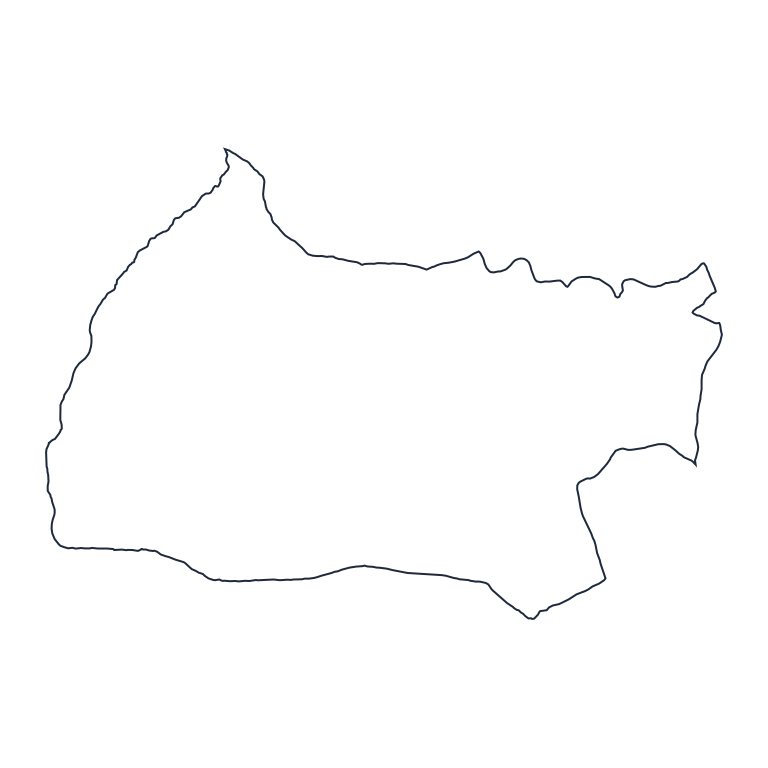 Dige, Gash Barka, Eritrea
{"feature_id": "51966322B2269469169299", "entity_name": "Dige", "entity_type": "district", "adm_level": 2, "iso_a3": "ERI", "parent_name": "Eritrea", "parent_adm1": "Gash Barka", "projection": "orthographic", "projection_center": [37.574, 15.721], "detail": "fine", "context": "isolated", "style": "outline", "palette": "slate", "viewbox_px": 768, "rotation_deg": 0, "n_neighbors": 0, "source": "geoboundaries", "source_scale": "gbopen_adm2", "svg_char_len": 6058}
<svg xmlns="http://www.w3.org/2000/svg" viewBox="0 0 768 768"><path d="M695.6,464.6L695.0,460.3L696.0,457.6L697.8,450.5L698.2,447.1L697.6,443.3L695.6,435.9L695.4,434.4L695.7,430.2L697.4,422.4L697.4,414.2L699.0,404.7L700.4,398.9L700.5,396.1L701.6,389.2L701.6,380.0L702.0,375.0L704.7,368.7L705.7,365.3L707.5,361.3L716.3,349.9L718.4,346.2L720.1,341.9L721.9,334.8L720.8,329.9L720.2,325.4L719.3,323.0L716.0,323.3L714.7,323.0L699.5,315.7L697.0,315.4L693.6,313.6L692.6,312.6L693.4,310.8L696.9,307.9L699.4,306.8L700.1,306.1L703.4,304.1L705.2,300.6L707.0,298.2L708.0,297.6L711.5,294.0L715.0,292.4L715.8,291.4L714.8,287.9L709.6,275.7L708.6,272.6L707.2,269.9L706.3,266.7L704.1,263.5L702.9,263.3L701.3,264.2L697.1,269.2L692.7,272.6L690.8,273.6L688.8,275.1L687.3,276.8L682.4,279.1L680.5,279.4L679.2,280.8L677.7,281.5L672.3,282.0L667.6,283.0L665.9,283.0L660.4,285.8L658.7,285.9L655.3,286.8L651.2,286.6L648.8,286.1L646.1,285.1L633.6,279.4L630.3,279.1L625.2,280.2L623.6,281.3L622.3,283.8L622.1,285.4L622.9,290.5L621.9,292.3L620.4,293.9L619.4,296.7L617.6,297.5L616.5,297.1L615.3,296.0L614.5,293.3L611.9,288.6L610.4,286.7L608.5,285.2L599.1,279.1L595.2,278.5L589.8,276.9L581.5,277.0L578.3,277.6L576.5,278.3L571.6,281.4L568.1,286.2L567.4,286.8L566.2,286.3L562.3,282.0L560.3,280.6L557.5,280.6L549.4,281.6L545.0,281.5L540.8,282.3L536.7,281.3L535.1,279.5L534.2,277.6L531.4,270.1L530.3,265.8L528.8,262.3L526.7,260.3L524.7,259.1L523.1,258.7L520.8,258.5L518.5,258.9L515.3,260.2L513.4,261.8L510.3,265.6L506.6,268.9L505.3,269.7L500.6,271.4L498.1,271.5L493.9,272.4L490.7,272.1L489.2,271.1L486.6,268.1L484.8,264.0L483.3,258.6L480.3,253.0L478.7,251.5L473.6,253.7L467.8,257.4L464.9,258.6L454.5,261.6L448.8,262.7L443.8,263.2L440.4,264.1L436.6,265.4L434.0,266.7L432.6,266.9L426.6,269.6L418.3,266.7L408.3,265.0L405.6,264.0L396.6,263.7L393.2,263.3L388.6,263.8L384.9,263.3L377.7,263.1L374.2,263.8L369.6,263.7L364.8,264.0L362.2,264.8L361.3,264.6L359.8,263.5L356.9,262.2L348.5,260.9L342.5,259.3L338.7,259.0L335.5,257.9L333.1,256.5L328.4,256.6L326.9,256.9L322.1,256.0L317.2,256.1L312.9,255.7L308.2,254.3L306.4,252.7L302.4,248.2L294.6,241.1L291.1,239.5L285.1,235.4L280.1,229.9L278.3,227.4L273.3,222.5L271.9,219.6L271.7,217.7L270.4,214.0L268.4,212.0L266.6,209.2L266.2,207.4L265.9,207.0L265.0,201.6L263.6,198.7L263.1,194.2L264.4,181.6L264.0,179.5L262.6,176.4L259.4,174.1L257.4,171.4L253.9,169.1L253.2,167.8L250.8,165.4L249.3,163.2L247.3,161.5L242.6,159.4L235.1,153.9L233.2,153.1L229.3,150.6L224.9,149.1L225.7,150.8L225.9,151.9L226.9,153.2L226.8,154.0L227.4,155.1L227.0,156.8L226.3,158.3L226.2,160.7L226.7,162.5L228.7,165.9L228.8,167.3L227.5,170.4L226.3,171.3L223.8,174.5L222.3,175.3L220.4,178.1L220.2,179.0L220.6,181.3L218.8,185.5L218.0,186.5L217.0,186.5L215.6,186.0L214.8,186.2L213.3,188.1L212.6,189.9L210.5,192.8L208.7,193.5L205.8,193.6L202.0,196.1L194.9,206.4L192.5,207.4L190.8,209.4L184.3,212.2L181.1,216.3L179.8,217.2L178.8,217.8L175.8,218.2L174.9,218.6L173.8,220.1L172.6,224.2L170.2,226.5L168.6,229.4L168.0,230.0L166.0,231.3L163.2,231.9L156.6,235.5L155.0,237.8L154.0,238.2L151.4,238.4L150.3,239.1L149.1,241.2L147.7,245.9L146.9,246.8L139.8,250.5L137.8,252.2L135.8,257.6L134.4,259.9L134.2,261.8L133.6,262.4L132.3,262.6L131.1,264.2L129.8,264.9L128.1,266.9L126.6,270.5L124.0,272.0L123.1,273.4L117.1,280.0L116.6,283.9L116.3,284.4L115.4,284.9L115.1,286.2L115.1,288.0L113.9,289.9L107.5,293.6L104.9,298.1L103.6,299.0L102.6,300.2L100.4,304.0L98.3,306.7L94.6,314.2L92.8,316.8L91.5,320.4L90.2,325.2L89.7,330.3L90.1,332.5L91.4,336.0L91.5,342.3L90.9,346.8L89.4,352.2L88.1,354.5L85.3,358.3L79.3,363.3L75.7,368.1L75.1,369.3L73.5,373.1L71.7,380.7L69.3,387.6L64.4,394.8L63.4,399.2L61.8,401.6L60.5,404.8L60.3,419.9L61.6,424.6L61.8,428.4L61.3,429.5L60.6,430.0L60.4,431.2L59.0,433.6L55.0,438.9L52.4,440.1L50.4,441.7L49.7,442.6L48.9,442.8L48.6,444.5L46.5,449.2L46.1,452.3L46.6,466.4L47.3,468.8L47.5,472.0L48.2,475.2L48.5,481.6L47.7,486.0L47.7,490.0L47.8,491.0L50.4,495.0L50.6,496.7L51.6,498.7L52.1,501.7L54.6,509.3L54.7,512.3L54.4,514.6L52.6,520.1L51.8,524.0L51.6,528.8L52.3,533.5L54.7,539.1L58.7,544.2L60.4,545.8L64.6,547.3L68.2,548.3L72.4,547.8L75.7,548.6L81.2,548.0L84.7,548.4L89.9,548.4L91.7,547.9L97.5,548.5L106.4,548.5L112.9,549.0L113.6,549.3L114.2,550.0L121.9,549.6L126.6,550.2L127.5,549.9L132.4,550.0L138.0,550.9L140.7,549.7L141.4,549.0L142.2,549.0L142.9,549.5L145.9,549.5L149.1,550.5L153.1,551.0L154.2,550.7L157.1,551.7L160.8,554.5L166.0,556.3L169.0,557.1L175.6,559.7L183.6,562.1L185.2,563.1L191.7,569.1L195.6,570.8L198.6,572.6L202.9,574.0L204.8,575.9L208.5,578.4L213.3,580.0L214.9,580.2L219.5,579.5L221.2,580.5L222.9,580.9L224.2,580.7L229.8,581.2L235.1,581.0L239.0,581.4L245.1,580.8L249.4,581.0L256.1,580.0L257.7,580.3L273.5,579.5L279.9,580.2L287.3,579.7L291.0,579.9L293.4,579.5L301.7,579.3L305.0,578.6L308.4,578.7L313.7,578.0L316.6,577.3L321.8,575.6L331.5,573.0L334.6,571.8L338.2,571.2L341.4,569.8L349.1,567.7L356.0,566.6L362.9,566.1L364.3,565.6L367.6,566.5L372.8,566.8L376.7,567.6L379.3,567.7L386.5,568.6L393.0,570.2L407.7,573.0L441.4,575.1L445.7,575.7L453.9,578.0L457.6,578.6L458.9,579.2L468.7,580.1L470.0,580.7L476.5,581.7L477.2,581.5L480.3,581.7L485.9,583.0L488.4,584.5L491.4,589.0L492.9,590.6L507.1,603.1L512.9,606.9L513.7,607.8L516.6,609.8L518.7,610.3L520.9,612.5L523.0,613.7L525.1,615.9L528.4,618.4L531.1,618.3L532.0,618.9L532.9,618.9L534.2,618.6L536.8,615.9L538.0,614.6L539.6,611.6L540.3,611.1L546.7,610.2L549.1,607.4L552.8,605.5L559.1,604.1L568.7,599.4L576.6,594.3L585.3,591.0L588.4,589.4L592.6,586.4L599.1,583.6L604.0,580.3L605.5,578.4L600.6,563.8L599.8,560.2L597.1,553.0L595.5,544.9L594.2,540.5L593.0,538.4L591.2,533.4L583.0,516.3L582.0,513.4L580.6,507.9L578.7,496.3L577.2,489.3L577.3,485.4L578.6,483.0L580.2,481.7L586.3,478.7L588.1,478.4L590.0,478.6L594.1,477.0L597.9,474.2L606.9,463.9L610.0,459.4L610.7,457.6L615.6,450.8L619.0,449.4L621.7,448.7L623.6,448.7L628.2,449.9L631.6,449.8L645.0,447.8L647.7,446.7L658.3,444.2L664.1,444.1L666.1,444.5L669.9,446.0L675.6,450.5L679.2,453.8L682.2,455.7L684.2,457.4L691.3,460.5L693.0,461.8L695.6,464.6Z" fill="none" stroke="#1e293b" stroke-width="2"/></svg>